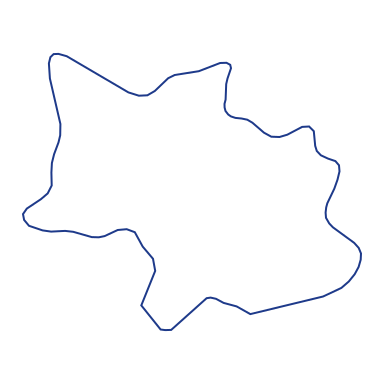 map outline of Bulawayo (Robinson projection)
{"feature_id": "ZWE-531", "entity_name": "Bulawayo", "entity_type": "City", "adm_level": 1, "iso_a3": "ZWE", "parent_name": "Zimbabwe", "parent_adm1": "", "projection": "robinson", "projection_center": [28.554, -20.139], "detail": "fine", "context": "isolated", "style": "outline", "palette": "blue", "viewbox_px": 384, "rotation_deg": 0, "n_neighbors": 0, "source": "natural_earth", "source_scale": "10m", "svg_char_len": 1246}
<svg xmlns="http://www.w3.org/2000/svg" viewBox="0 0 384 384"><path d="M250.3,314.1L236.6,306.4L223.6,302.9L216.0,298.8L210.6,297.6L206.6,298.2L171.2,329.9L165.2,330.1L160.6,329.5L141.3,305.4L155.2,270.9L153.0,258.8L142.7,246.6L134.8,232.2L126.7,229.2L117.7,230.0L104.6,236.1L98.8,237.3L91.8,237.1L73.2,231.8L65.1,230.9L51.1,231.6L42.6,230.4L29.0,225.8L24.1,219.9L23.0,214.1L26.8,208.6L40.9,199.2L47.7,193.4L51.7,185.5L51.4,172.5L51.9,163.0L54.1,154.2L58.5,142.4L60.2,135.3L60.4,124.0L49.9,78.5L48.9,63.4L50.4,57.2L53.6,54.1L58.5,53.9L66.7,56.2L128.4,92.4L138.9,95.7L147.4,95.3L154.8,91.0L168.2,78.2L174.7,75.0L198.8,71.2L220.1,63.0L226.5,62.8L230.2,64.8L231.0,68.2L227.5,78.5L226.2,84.1L225.6,99.6L224.5,103.9L224.6,107.5L225.5,111.0L228.2,114.5L230.9,116.4L235.4,117.9L241.5,118.5L247.3,119.7L252.4,122.7L264.0,132.7L271.3,136.7L279.5,137.0L287.3,134.7L302.1,126.9L309.1,126.5L313.8,131.2L315.2,145.9L316.8,151.0L320.9,155.3L328.0,158.6L335.4,161.1L339.0,165.3L339.5,171.4L337.5,179.7L334.3,188.7L327.3,203.3L326.2,207.4L325.6,212.6L326.0,217.8L329.2,223.4L332.9,227.3L354.2,242.9L358.7,247.9L361.0,253.5L360.7,259.7L358.6,267.0L354.7,274.2L348.8,281.5L341.4,287.9L323.1,296.5L250.3,314.1Z" fill="none" stroke="#1e3a8a" stroke-width="2"/></svg>